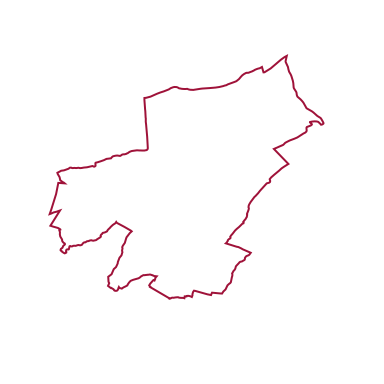 the district of San José Teacalco, Tlaxcala, Mexico, rotated 254°
{"feature_id": "50627088B31209482896746", "entity_name": "San José Teacalco", "entity_type": "district", "adm_level": 2, "iso_a3": "MEX", "parent_name": "Mexico", "parent_adm1": "Tlaxcala", "projection": "equal_earth", "projection_center": [-98.053, 19.323], "detail": "fine", "context": "isolated", "style": "outline", "palette": "rose", "viewbox_px": 384, "rotation_deg": 254, "n_neighbors": 0, "source": "geoboundaries", "source_scale": "gbopen_adm2", "svg_char_len": 5975}
<svg xmlns="http://www.w3.org/2000/svg" viewBox="0 0 384 384"><g transform="rotate(254 192 192)"><path d="M86.1,192.9L87.7,194.7L89.1,197.4L92.5,200.4L93.5,202.4L93.9,203.6L94.6,204.5L99.0,206.8L100.4,207.7L102.0,208.2L102.6,208.1L104.7,210.2L105.5,211.6L106.4,212.5L108.3,213.6L108.8,214.2L110.7,217.4L111.4,218.4L111.6,219.2L111.5,221.0L111.7,221.7L111.9,222.3L112.1,223.4L112.4,224.0L113.1,224.4L114.0,224.7L115.1,226.0L115.4,226.8L115.6,229.0L116.0,229.9L117.4,231.7L123.0,224.9L124.1,223.9L126.3,221.4L127.1,219.8L133.3,210.4L133.6,211.0L133.9,211.4L134.3,212.0L134.8,212.4L135.0,212.8L135.8,213.2L136.5,214.4L136.8,215.7L137.3,216.4L138.4,216.4L139.4,217.5L140.6,219.4L143.1,222.8L144.2,224.9L145.4,227.6L147.7,231.8L147.7,232.8L148.3,233.2L149.1,233.0L150.4,234.7L151.2,236.0L152.1,236.9L152.5,237.3L152.8,237.7L154.9,238.8L155.4,238.7L155.9,238.9L156.8,239.6L158.9,241.2L160.2,242.0L160.9,242.2L161.8,242.1L163.3,242.8L164.3,243.6L166.2,245.6L170.0,250.6L170.6,251.9L172.6,255.2L174.5,257.8L179.7,266.2L179.7,268.8L180.1,269.7L181.0,270.2L182.9,270.2L184.2,272.1L185.9,275.7L188.5,281.6L190.0,284.6L190.9,287.3L192.4,292.4L210.8,282.6L212.2,292.8L213.6,295.2L214.0,297.0L214.6,300.2L215.0,305.2L215.4,308.3L217.5,315.2L217.9,317.3L218.6,318.6L219.3,319.1L222.1,319.7L222.6,320.1L222.8,320.4L223.1,323.7L223.3,324.9L223.8,325.8L224.2,325.9L226.4,324.6L226.7,324.7L226.7,325.8L226.5,327.4L226.1,329.4L225.4,331.4L224.6,332.7L222.2,334.1L221.1,334.6L221.0,335.6L221.2,336.4L221.4,337.0L221.7,337.3L222.1,337.4L223.8,337.1L226.3,336.5L227.7,336.0L230.6,333.4L234.9,330.7L236.5,329.5L240.9,325.2L247.2,323.7L248.9,323.0L251.1,321.9L254.3,319.8L254.8,319.6L255.8,319.5L256.6,319.5L258.5,319.8L259.2,319.8L260.1,319.6L263.4,318.6L264.2,318.5L264.8,318.6L268.8,319.4L271.2,319.6L276.1,319.5L277.7,319.3L280.9,318.5L283.4,318.5L285.7,318.7L291.0,317.9L291.5,317.9L292.1,318.1L296.7,320.6L296.2,318.2L294.7,314.0L289.1,301.7L287.1,294.7L287.3,293.7L292.9,293.7L292.3,291.2L292.4,289.7L292.3,287.6L292.1,286.6L292.1,285.9L291.6,284.6L291.6,284.3L291.6,283.8L291.4,283.2L291.2,280.4L291.1,279.8L291.1,278.8L291.5,277.6L291.5,277.0L291.5,276.4L291.3,275.7L291.1,274.7L290.3,272.5L289.3,270.8L287.6,268.3L286.3,265.2L286.1,263.5L285.6,256.1L285.2,254.4L285.3,252.6L285.2,251.3L285.3,249.2L285.4,247.2L285.9,243.4L287.0,237.8L288.6,230.4L288.9,228.5L289.8,221.3L290.8,218.4L291.5,217.1L292.5,215.8L292.7,214.5L293.3,212.5L294.0,210.6L294.6,209.5L295.2,208.2L296.5,207.0L297.1,206.1L297.8,204.1L297.9,202.8L297.7,200.3L297.0,197.9L296.5,192.6L296.4,189.0L296.1,185.6L295.1,178.4L295.2,173.7L295.5,172.2L293.9,171.7L284.4,169.7L282.6,169.4L276.1,167.9L275.6,167.9L272.2,166.9L269.6,166.5L257.3,164.1L246.3,161.6L245.4,161.1L245.0,160.5L244.8,159.9L245.0,157.5L246.4,153.0L246.8,151.9L247.3,150.3L248.0,145.4L247.9,143.8L247.6,142.4L247.0,140.8L247.0,139.9L246.8,139.4L246.8,137.7L247.2,136.0L247.2,135.1L246.7,133.8L246.5,132.7L246.7,132.4L247.7,130.1L248.0,128.2L248.1,125.9L247.5,124.5L246.7,123.4L247.4,118.9L246.9,116.2L246.7,112.8L246.6,109.6L246.7,107.6L246.4,107.1L243.8,106.5L243.5,106.0L243.3,105.3L243.5,104.6L244.4,103.5L244.5,101.8L244.7,97.9L245.3,94.7L245.5,92.6L245.8,91.0L246.6,89.5L246.9,87.3L247.6,85.5L247.8,84.1L248.1,83.3L248.8,82.4L249.0,81.2L248.4,79.7L248.1,74.9L248.5,72.1L248.1,70.5L247.6,67.9L246.3,67.9L242.8,68.8L239.6,68.6L239.2,68.8L238.9,69.2L238.5,69.4L237.0,70.6L236.3,71.4L235.4,72.0L237.6,66.0L227.5,60.8L213.8,51.8L210.0,49.1L210.1,50.9L210.5,53.4L210.4,56.4L210.6,60.0L198.6,46.6L197.0,49.0L194.4,53.2L193.0,54.6L192.3,55.1L192.1,55.1L191.8,53.9L189.9,54.0L188.9,53.7L187.8,53.3L185.5,53.1L182.6,53.9L182.0,54.0L181.2,53.8L180.2,53.8L178.7,54.5L177.5,55.5L176.9,55.5L176.4,55.0L176.0,54.0L175.6,53.3L174.1,52.1L173.7,51.0L173.4,50.3L172.7,49.8L172.2,49.6L171.7,49.8L171.1,50.5L170.3,50.7L168.7,52.1L168.1,52.8L168.4,54.4L169.0,54.7L169.4,54.5L170.1,54.7L171.0,55.3L171.2,55.6L171.2,56.4L171.1,56.9L170.8,57.5L170.9,57.8L173.4,59.2L173.6,59.4L173.6,60.1L173.0,60.8L172.8,61.6L172.8,62.3L173.0,62.7L172.9,63.7L172.3,65.4L172.4,66.8L172.4,68.0L172.1,68.7L171.6,69.7L171.5,70.6L171.7,71.8L172.7,72.9L173.3,74.5L173.0,75.6L173.6,77.5L173.3,79.2L173.5,79.9L173.5,81.0L173.3,82.1L172.9,82.6L172.4,83.6L172.2,86.3L172.3,87.0L172.8,87.9L172.9,88.5L173.6,90.9L173.9,91.7L174.3,92.1L174.9,92.1L175.4,92.2L176.1,93.0L176.5,94.0L177.0,94.5L177.3,95.0L177.2,95.9L177.2,97.5L177.6,99.5L178.4,100.2L179.1,101.2L180.2,103.3L180.9,104.3L182.2,106.9L182.7,108.4L182.8,109.0L183.3,110.0L184.1,110.9L183.1,111.2L177.1,117.4L171.7,122.6L170.8,123.2L169.6,120.8L166.5,116.6L165.4,115.8L161.6,113.4L159.4,110.7L158.2,109.7L157.1,109.7L154.9,108.6L153.3,108.5L150.5,106.7L148.8,104.2L145.1,101.4L143.8,100.9L140.8,98.3L139.4,95.5L135.1,92.0L133.6,88.1L128.7,87.0L127.2,87.3L124.9,85.4L122.7,87.0L122.0,87.6L122.1,87.9L120.2,89.7L119.6,90.0L119.2,90.0L118.8,90.2L118.4,90.6L118.1,91.1L118.1,91.4L117.9,91.9L117.8,92.5L118.1,93.3L118.8,94.1L120.1,94.9L120.8,95.5L120.1,95.7L119.6,95.9L119.0,97.2L118.5,97.8L118.5,98.1L118.9,98.9L119.3,100.4L119.5,101.8L120.0,104.1L120.8,104.7L122.3,106.5L123.5,108.5L123.8,111.1L123.8,116.9L124.2,118.3L125.0,120.0L125.1,120.7L125.4,121.8L125.4,122.8L125.1,123.5L124.9,125.3L124.7,125.8L124.7,126.4L124.4,127.6L124.3,128.8L123.8,129.7L123.3,130.3L122.8,131.3L122.5,131.4L121.6,132.6L120.7,134.8L119.5,133.0L118.6,132.7L117.3,131.6L117.8,131.2L118.0,130.7L117.6,130.0L117.2,129.4L115.5,126.7L114.7,125.8L114.0,125.1L113.1,125.4L112.3,125.9L112.1,125.6L96.6,140.4L96.4,140.4L95.8,140.7L95.6,140.9L95.6,141.2L95.9,141.6L95.6,141.9L95.7,142.6L95.9,143.2L95.8,144.2L95.4,145.2L95.3,146.4L95.1,147.7L94.7,149.6L94.1,150.3L93.5,151.6L92.5,154.7L92.0,155.4L92.7,155.8L93.7,156.2L93.6,156.8L93.2,157.3L93.1,158.0L93.5,158.3L93.3,159.5L93.1,160.1L92.2,161.7L91.1,162.9L92.4,163.9L93.7,164.3L95.5,165.4L96.6,166.7L96.0,167.9L89.4,178.6L87.7,181.9L88.4,182.4L89.7,183.5L86.8,190.9L86.1,192.9Z" fill="none" stroke="#9f1239" stroke-width="2"/></g></svg>